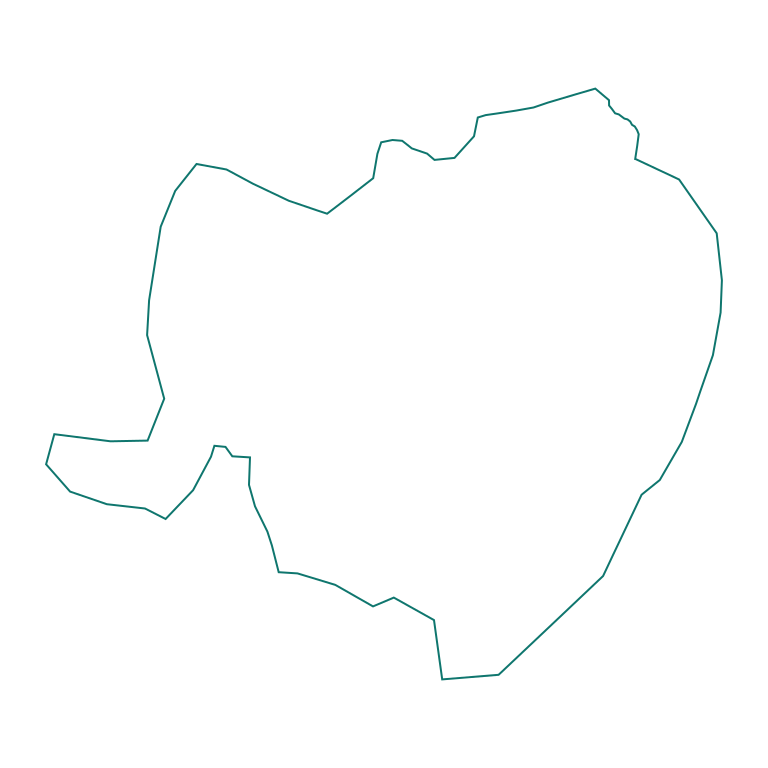 Ussa, Taraba, Nigeria
{"feature_id": "59680162B61170702756328", "entity_name": "Ussa", "entity_type": "district", "adm_level": 2, "iso_a3": "NGA", "parent_name": "Nigeria", "parent_adm1": "Taraba", "projection": "robinson", "projection_center": [10.057, 7.125], "detail": "fine", "context": "isolated", "style": "outline", "palette": "teal", "viewbox_px": 768, "rotation_deg": 0, "n_neighbors": 0, "source": "geoboundaries", "source_scale": "gbopen_adm2", "svg_char_len": 1178}
<svg xmlns="http://www.w3.org/2000/svg" viewBox="0 0 768 768"><path d="M498.6,674.8L556.3,620.3L603.1,576.0L610.8,559.7L613.1,554.8L619.1,542.2L641.6,494.7L659.8,480.0L681.8,441.9L696.1,403.7L700.2,391.6L712.9,355.2L720.6,312.6L721.9,280.3L716.7,233.3L679.1,179.5L635.7,159.1L635.2,159.0L637.2,145.9L638.7,134.2L637.1,130.2L634.8,126.5L632.0,124.8L630.2,121.5L627.5,119.4L624.4,118.6L618.8,114.4L615.1,113.3L611.8,108.8L609.1,105.5L609.0,100.2L595.3,88.6L575.5,94.4L547.9,102.6L533.5,107.5L516.1,110.6L496.9,113.5L485.7,115.1L477.8,117.5L474.0,136.3L454.5,157.9L434.5,159.9L427.1,153.6L411.8,148.4L408.7,145.9L402.2,140.8L392.5,140.0L381.2,142.3L377.4,153.8L373.2,178.2L347.9,197.8L327.1,213.7L317.1,210.4L288.9,200.8L253.1,183.8L226.5,169.5L196.5,164.0L175.2,190.9L160.7,226.7L149.1,300.3L147.1,335.1L164.2,398.7L147.6,440.6L110.5,441.3L54.3,434.2L46.1,464.3L70.1,491.6L106.8,504.2L145.0,508.5L165.6,519.0L193.1,490.2L211.0,456.7L214.4,445.8L225.5,446.9L232.3,456.3L250.0,457.4L249.0,484.9L255.0,506.3L267.4,531.6L271.9,545.5L278.7,572.2L297.5,573.4L335.3,584.9L373.0,606.4L393.8,597.6L434.0,620.1L442.2,679.4L498.6,674.8Z" fill="none" stroke="#0f766e" stroke-width="2"/></svg>